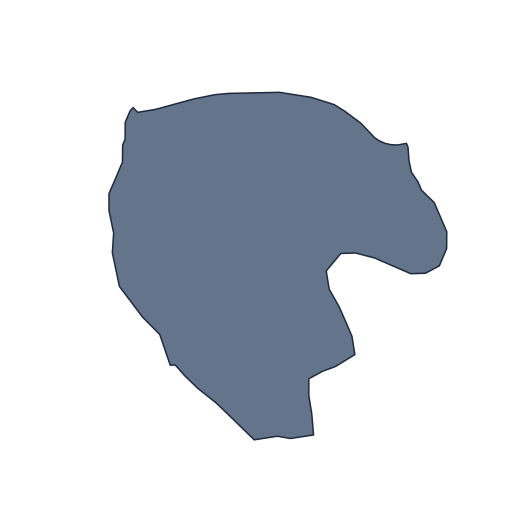 Ichon, Kangwŏn-do, North Korea, rotated 113°
{"feature_id": "82179303B59888018028618", "entity_name": "Ichon", "entity_type": "district", "adm_level": 2, "iso_a3": "PRK", "parent_name": "North Korea", "parent_adm1": "Kangwŏn-do", "projection": "albers", "projection_center": [126.851, 38.503], "detail": "fine", "context": "isolated", "style": "filled", "palette": "slate", "viewbox_px": 512, "rotation_deg": 113, "n_neighbors": 0, "source": "geoboundaries", "source_scale": "gbopen_adm2", "svg_char_len": 998}
<svg xmlns="http://www.w3.org/2000/svg" viewBox="0 0 512 512"><g transform="rotate(113 256 256)"><path d="M390.0,292.3L387.9,287.7L394.2,274.5L400.5,258.1L406.9,235.1L413.2,218.6L425.9,185.8L413.6,166.0L410.5,152.9L398.2,133.1L379.5,143.0L363.9,152.8L348.3,159.4L335.9,149.5L326.6,139.6L308.1,126.5L292.4,136.3L283.0,146.1L270.5,159.3L257.9,175.7L242.3,185.5L220.5,178.9L214.4,165.7L211.5,146.0L211.7,126.2L211.8,113.1L211.8,106.5L205.7,93.3L193.4,83.4L174.7,83.4L159.1,89.9L143.4,106.3L137.2,112.8L130.8,129.3L124.5,135.8L118.2,145.6L108.8,152.2L96.3,158.7L93.6,161.5L98.7,169.5L100.8,175.3L101.9,181.4L101.8,188.2L100.5,193.6L92.8,211.3L88.0,231.0L86.1,243.2L88.4,267.3L94.4,291.2L96.1,298.2L117.0,344.7L123.4,356.6L135.9,374.9L160.1,405.5L170.0,421.0L167.4,427.1L171.6,428.6L184.1,428.6L199.8,422.1L206.0,422.1L221.7,415.6L240.4,415.6L256.0,415.7L271.6,409.1L290.5,396.0L309.2,389.5L337.4,369.8L356.4,336.9L365.9,313.9L390.0,292.3Z" fill="#64748b" stroke="#1e293b" stroke-width="1.5"/></g></svg>